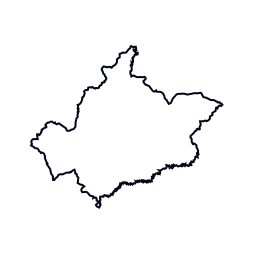 Ango, Orientale, Democratic Republic of the Congo (orthographic projection), rotated 146°
{"feature_id": "63176286B24678106401017", "entity_name": "Ango", "entity_type": "district", "adm_level": 2, "iso_a3": "COD", "parent_name": "Democratic Republic of the Congo", "parent_adm1": "Orientale", "projection": "orthographic", "projection_center": [26.048, 4.445], "detail": "fine", "context": "isolated", "style": "outline", "palette": "ink", "viewbox_px": 256, "rotation_deg": 146, "n_neighbors": 0, "source": "geoboundaries", "source_scale": "gbopen_adm2", "svg_char_len": 5752}
<svg xmlns="http://www.w3.org/2000/svg" viewBox="0 0 256 256"><g transform="rotate(146 128 128)"><path d="M196.4,78.2L193.9,79.5L193.7,80.0L194.0,80.4L193.2,80.9L192.3,83.3L191.9,83.8L190.9,83.8L190.4,85.7L189.5,86.6L188.4,86.2L187.9,85.8L187.7,85.1L186.7,84.8L186.0,85.6L185.0,85.5L184.7,84.8L184.0,84.5L184.0,83.8L183.3,83.6L183.7,83.2L183.5,82.9L182.5,82.9L182.5,81.8L181.2,82.1L181.0,81.7L179.7,82.3L179.2,81.9L179.0,82.5L178.2,81.7L178.1,82.4L177.3,82.7L176.8,82.8L176.7,82.1L176.2,82.2L176.1,83.0L175.3,83.5L174.3,83.6L174.0,82.9L173.3,82.7L173.1,83.2L172.4,83.3L172.8,84.1L172.5,84.5L171.9,84.2L172.0,83.4L171.5,83.3L171.8,82.8L170.6,83.2L170.2,83.8L169.7,83.2L169.3,83.5L168.7,83.3L168.7,84.5L168.0,84.5L167.5,83.6L167.0,84.5L167.3,84.8L166.3,85.7L166.4,84.2L165.8,84.2L165.3,85.9L164.5,85.4L164.1,85.9L163.4,85.0L162.6,85.7L162.3,85.3L162.4,84.6L161.9,84.8L161.4,84.5L160.9,84.8L160.4,84.3L160.1,83.8L160.8,83.5L160.6,82.3L159.3,82.6L159.3,81.0L158.1,81.0L158.0,80.4L157.3,80.3L157.4,79.6L156.8,79.6L156.4,80.4L155.8,79.7L155.8,78.6L154.1,78.9L153.0,78.0L152.4,78.6L151.4,78.5L151.3,79.4L150.5,78.2L150.1,79.0L149.7,79.1L149.1,77.7L148.2,78.0L148.4,77.1L146.2,76.9L146.7,75.9L146.2,75.0L145.6,75.2L145.4,76.1L144.7,75.0L145.0,74.3L144.0,74.4L143.9,75.3L143.1,74.3L143.7,73.9L143.0,72.3L142.4,72.5L141.8,73.7L141.3,73.5L141.8,73.0L141.5,72.0L140.2,72.9L139.6,72.6L139.7,70.8L138.7,70.8L138.0,70.4L137.8,71.3L136.6,72.8L135.6,72.2L134.9,72.2L134.7,72.5L135.5,73.1L135.4,74.3L133.8,74.0L133.2,75.3L132.2,74.8L132.2,74.0L131.1,74.7L129.2,74.3L129.0,72.9L128.5,72.8L127.9,73.5L127.4,72.1L126.1,73.3L125.7,74.6L125.9,75.5L124.9,74.6L121.0,74.5L120.3,73.6L118.7,73.5L117.7,74.1L116.9,75.8L116.1,74.9L115.8,73.7L115.0,73.8L115.8,71.7L113.7,72.2L114.4,71.2L113.9,69.8L112.3,70.4L113.3,70.7L113.2,71.3L112.3,71.9L110.8,72.3L110.2,70.3L108.8,70.2L108.0,68.1L106.0,67.5L105.6,67.0L104.6,67.4L104.8,66.3L104.5,65.9L103.5,66.0L103.0,66.7L103.2,67.7L102.5,67.6L102.0,66.3L100.5,66.3L101.2,65.5L102.1,65.2L102.0,64.5L100.2,64.7L99.5,64.0L99.5,62.9L99.1,62.6L97.2,62.5L96.2,61.8L95.8,62.5L96.9,63.8L96.7,64.0L95.3,64.1L94.2,64.8L93.2,63.3L92.4,63.2L91.7,64.5L90.6,64.4L89.6,65.0L88.4,66.4L87.4,66.4L86.6,64.8L86.0,66.3L84.1,66.8L84.2,67.5L85.1,67.3L85.3,67.8L84.6,68.8L83.4,68.8L82.4,70.6L81.9,74.1L80.9,75.2L81.6,77.9L82.2,78.4L83.0,78.1L83.2,78.5L82.9,80.9L81.4,83.2L81.5,85.3L80.6,86.4L75.6,87.2L74.5,87.9L72.4,87.7L71.9,88.5L71.2,88.7L70.0,87.8L69.8,87.0L69.1,86.9L68.6,88.1L67.7,89.1L66.0,89.8L64.5,93.3L61.6,91.3L59.9,91.1L59.0,89.7L57.1,89.4L55.0,89.9L53.6,91.7L50.6,91.6L49.8,93.3L45.9,93.2L43.7,95.5L42.9,95.4L42.7,94.3L41.4,95.3L39.7,95.5L38.7,94.2L36.8,94.4L36.9,96.0L37.7,96.8L37.7,98.1L39.4,99.1L39.2,99.9L40.2,101.0L41.2,103.2L43.6,104.7L46.2,109.3L48.2,111.5L47.8,116.2L48.4,116.7L51.7,118.3L52.9,119.5L60.1,122.5L62.4,125.2L67.5,128.3L69.1,128.7L74.3,127.4L78.4,124.8L80.7,125.2L80.4,129.4L80.9,132.0L79.9,134.6L79.7,137.5L80.7,139.6L83.9,142.1L84.4,142.7L83.9,143.4L86.0,143.6L86.7,144.7L87.1,151.2L89.2,154.0L89.5,155.7L89.2,158.2L85.9,158.8L85.4,159.7L85.6,161.1L88.3,162.4L89.0,163.2L92.2,165.2L94.0,168.4L96.4,168.9L95.7,170.2L95.7,171.9L94.1,173.8L93.4,173.4L92.1,174.4L91.3,176.1L90.3,177.1L90.8,177.6L90.8,178.4L90.3,178.7L89.8,177.8L89.4,177.7L88.6,178.5L88.6,179.8L88.1,180.8L87.6,179.7L87.0,179.9L85.6,181.9L85.8,182.6L85.2,183.6L84.0,183.4L83.6,184.2L82.4,184.2L81.6,185.0L79.9,183.9L78.6,183.8L77.9,185.1L79.6,185.9L79.5,187.5L80.0,188.8L79.5,189.8L78.7,189.1L78.2,187.9L77.8,187.8L77.8,188.5L77.0,189.0L76.1,191.0L77.3,191.8L78.2,191.6L79.7,194.2L80.3,194.1L81.5,193.0L83.8,192.8L87.2,191.6L89.2,192.5L90.2,193.6L91.6,193.5L93.5,194.1L95.4,191.2L98.4,191.3L100.6,188.6L103.2,187.5L105.9,187.7L107.6,187.1L108.2,187.3L108.2,188.3L109.8,189.5L111.3,189.8L111.8,190.9L112.7,191.3L113.6,192.6L115.2,192.4L116.6,191.7L117.3,190.9L117.4,188.7L118.1,186.9L117.5,185.5L118.2,183.8L117.9,183.0L118.3,181.0L120.3,180.0L121.3,180.1L121.9,179.1L124.3,180.1L124.7,179.2L126.8,178.5L127.4,178.9L128.7,178.5L129.8,177.6L130.9,178.0L132.3,179.2L133.1,179.0L134.3,180.5L134.2,181.2L134.7,182.0L135.9,182.1L137.0,183.3L138.4,183.7L139.8,182.1L140.4,182.1L141.4,183.0L143.2,183.2L144.1,182.7L144.4,181.1L146.9,179.0L148.9,178.9L149.3,177.9L152.6,175.4L155.0,174.8L156.8,175.3L156.9,174.3L158.8,172.3L158.2,171.6L158.4,171.3L158.7,171.3L158.6,171.8L159.0,171.7L160.1,169.6L159.8,169.4L159.3,170.0L159.7,169.2L160.9,169.3L161.4,167.9L162.8,166.9L163.2,165.8L164.0,165.1L165.0,165.0L166.3,163.9L168.3,162.0L170.8,158.5L173.0,157.7L174.2,157.6L175.7,158.3L177.3,158.2L179.5,159.3L180.2,160.3L179.6,162.4L182.7,170.5L185.0,170.9L185.6,172.1L185.4,173.3L186.7,173.5L187.4,175.8L188.8,176.6L190.4,176.7L191.7,177.4L193.9,177.1L194.9,176.6L194.8,174.8L195.2,174.4L196.2,174.4L197.1,174.9L198.8,174.6L199.9,175.0L200.7,174.6L200.8,174.0L201.7,173.8L202.2,173.0L205.0,171.8L205.6,171.8L205.8,172.8L206.7,173.6L207.5,172.8L209.0,169.3L212.8,171.8L214.7,171.6L215.9,170.7L216.6,168.4L218.1,167.8L217.6,166.4L216.7,165.3L216.6,163.7L214.5,161.5L214.3,160.2L214.7,158.5L214.0,157.2L214.1,155.9L212.7,155.5L212.0,153.7L212.7,150.7L213.6,149.8L214.7,145.0L214.6,143.7L215.5,143.5L215.5,137.3L217.2,133.5L217.3,129.9L219.2,126.9L218.3,126.1L217.7,126.2L216.5,126.8L213.8,127.0L211.8,128.0L209.4,127.3L208.7,126.4L207.9,126.1L204.0,125.4L201.4,123.6L200.7,124.0L199.7,123.3L197.8,123.7L195.7,123.4L196.4,120.8L197.2,119.8L196.3,118.2L197.2,116.8L196.9,114.6L200.5,110.5L199.0,107.6L197.7,106.4L196.9,104.1L199.3,103.9L201.0,103.2L201.8,101.7L201.8,100.3L198.4,98.5L197.7,97.0L197.3,93.3L195.0,90.6L196.1,89.3L194.8,89.1L193.5,88.2L193.7,86.5L194.4,85.9L194.0,83.2L194.6,82.8L197.6,82.2L197.7,80.4L196.4,78.2Z" fill="none" stroke="#020617" stroke-width="2"/></g></svg>